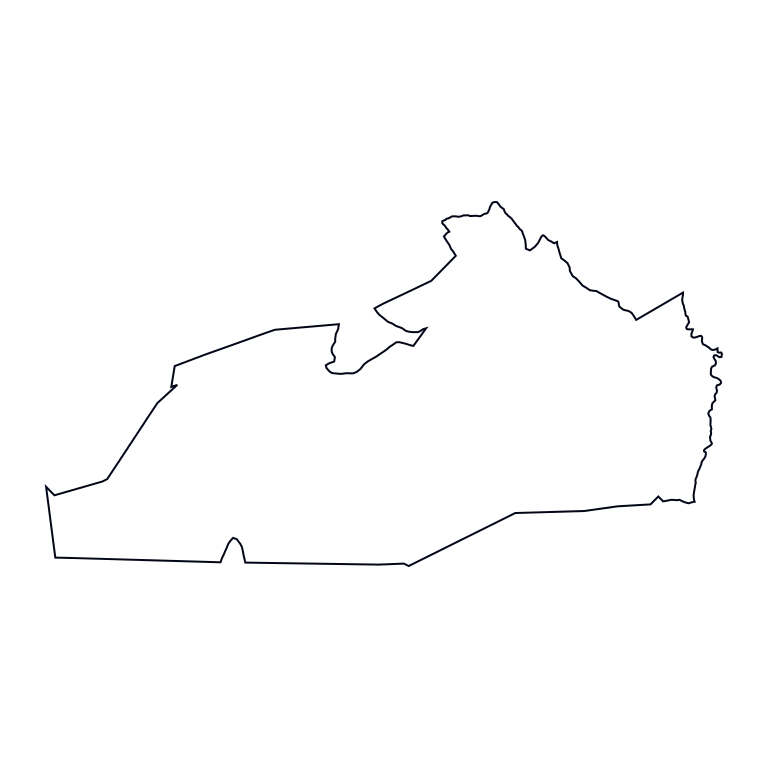 the district of Santa Lucía Monteverde, Oaxaca, Mexico
{"feature_id": "50627088B70845005155538", "entity_name": "Santa Lucía Monteverde", "entity_type": "district", "adm_level": 2, "iso_a3": "MEX", "parent_name": "Mexico", "parent_adm1": "Oaxaca", "projection": "orthographic", "projection_center": [-97.707, 16.955], "detail": "fine", "context": "isolated", "style": "outline", "palette": "ink", "viewbox_px": 768, "rotation_deg": 0, "n_neighbors": 0, "source": "geoboundaries", "source_scale": "gbopen_adm2", "svg_char_len": 5151}
<svg xmlns="http://www.w3.org/2000/svg" viewBox="0 0 768 768"><path d="M717.5,348.4L715.0,349.6L713.0,350.0L711.3,349.6L709.8,348.4L708.7,347.4L706.8,346.2L705.3,345.2L703.0,344.3L701.9,341.4L702.2,337.3L701.1,335.8L699.5,336.0L695.6,337.4L693.3,337.6L691.5,336.4L691.4,333.7L692.2,331.9L692.9,329.3L688.0,329.3L686.8,329.0L686.4,328.1L686.2,327.2L687.0,325.9L687.9,324.2L689.1,322.3L688.3,319.0L687.6,316.6L686.0,315.8L685.5,314.3L685.3,311.9L684.8,310.6L684.5,309.0L684.1,307.8L683.8,305.7L682.8,303.5L682.5,301.9L682.2,299.6L682.7,296.2L683.0,294.7L683.0,292.6L636.2,319.9L633.9,316.1L631.8,313.1L629.6,311.5L627.1,310.6L625.4,310.3L623.3,309.7L621.1,308.0L619.3,306.5L619.0,305.2L618.7,303.4L618.5,302.2L617.8,301.2L610.7,298.7L607.2,297.0L602.5,294.5L599.4,292.8L596.3,291.0L593.5,290.8L589.8,290.2L586.5,287.9L582.6,285.6L579.0,281.4L576.0,278.3L572.7,276.1L569.9,271.0L569.6,267.4L567.5,263.1L564.0,260.2L561.3,258.3L559.8,253.5L558.3,248.1L557.3,245.4L557.0,242.0L554.1,243.3L551.2,241.5L548.3,240.1L544.9,236.4L543.4,235.4L543.0,235.3L542.6,235.6L541.5,236.4L538.1,243.0L534.8,246.8L529.9,250.4L525.9,248.7L525.7,244.5L525.2,240.1L524.2,237.2L523.9,236.4L522.6,233.0L522.3,231.8L521.5,230.4L520.2,229.5L519.1,228.2L518.2,226.9L517.0,226.0L516.0,224.5L514.8,223.0L513.9,221.7L512.8,220.3L511.9,219.0L510.6,217.7L509.4,216.7L508.0,215.7L507.1,214.5L505.9,213.6L505.1,212.3L504.3,210.9L503.9,209.3L502.7,208.3L501.2,207.3L500.0,206.1L499.2,204.8L498.0,203.4L497.1,202.2L495.5,202.0L493.8,202.2L492.2,202.9L491.4,204.6L490.6,205.8L489.8,207.5L489.4,209.2L488.6,210.9L487.8,212.6L486.5,213.5L484.7,213.8L483.3,214.5L481.9,215.4L480.3,216.2L478.5,216.1L476.8,215.8L475.1,215.8L473.3,215.9L471.7,216.0L469.9,216.0L468.5,215.3L466.7,215.3L465.1,215.4L463.2,215.4L461.9,216.1L460.1,216.5L458.6,216.8L457.0,216.5L455.3,216.3L453.4,216.3L451.6,216.5L449.9,217.6L448.2,218.4L446.4,218.8L445.2,220.1L443.7,220.5L442.3,221.2L442.2,222.9L443.1,224.1L444.3,225.2L445.4,226.4L446.2,227.9L447.4,229.1L448.5,230.4L449.3,231.7L447.8,232.4L446.5,233.5L444.0,236.4L444.8,238.1L447.1,241.7L449.3,244.8L451.0,248.8L453.3,251.7L455.8,255.8L431.3,280.8L414.2,289.0L382.3,304.1L374.5,308.4L376.7,311.7L379.2,314.7L384.1,318.6L387.8,321.7L392.5,323.7L396.1,326.0L399.3,327.1L402.1,328.2L405.9,330.9L408.9,331.7L412.2,332.1L415.1,332.1L418.1,332.1L420.6,330.9L422.8,329.3L426.1,328.3L413.4,345.9L410.2,345.2L405.6,343.7L399.0,342.1L396.1,342.4L392.5,345.0L389.7,346.8L387.0,349.2L383.9,351.4L379.3,354.5L376.6,356.4L371.1,359.5L367.5,361.6L366.0,362.8L364.2,364.2L360.4,369.0L356.8,371.9L353.3,373.3L349.7,373.3L346.6,373.2L341.1,373.9L334.8,373.4L331.9,373.0L329.5,371.5L326.5,368.0L325.8,365.3L328.9,363.4L334.2,361.5L334.9,357.0L332.9,354.4L331.7,351.7L331.7,348.0L332.8,345.5L335.2,341.7L335.2,338.7L335.9,333.9L338.1,329.2L338.9,324.2L277.9,329.5L274.8,329.8L263.8,333.6L233.8,344.4L204.3,354.9L174.7,366.1L171.3,386.9L177.3,384.9L177.1,385.1L175.1,386.9L174.6,387.4L173.8,388.0L173.3,388.5L172.6,389.2L171.8,389.9L171.1,390.5L170.1,391.4L169.4,392.1L168.5,392.9L167.5,393.8L166.9,394.4L166.2,394.9L165.4,395.7L164.4,396.7L161.3,399.5L159.0,401.6L157.4,403.0L156.9,403.8L152.5,410.4L150.6,413.3L149.1,415.5L146.7,419.1L145.3,421.3L143.5,424.1L142.1,426.2L139.1,430.7L136.9,434.1L135.2,436.7L134.6,437.5L133.6,439.1L132.4,440.9L131.6,442.2L130.4,444.0L129.6,445.1L128.9,446.2L127.9,447.8L126.8,449.5L125.4,451.5L124.4,453.1L123.4,454.6L122.3,456.3L120.9,458.3L119.3,460.9L117.8,463.1L116.5,465.0L115.8,466.1L115.5,466.6L114.8,467.6L113.9,468.9L112.6,470.9L107.2,479.1L102.4,481.5L54.4,495.3L46.1,486.8L55.3,557.6L67.9,557.9L220.5,562.3L222.1,557.8L223.7,554.7L225.1,551.3L226.5,548.3L228.4,543.6L230.5,540.7L233.1,537.9L236.8,539.2L240.3,543.9L241.9,547.0L242.7,550.5L243.7,555.6L245.3,562.6L378.8,564.6L403.9,563.6L408.7,566.0L515.3,513.0L584.2,511.0L617.8,506.3L650.5,504.4L658.3,496.5L663.2,501.4L671.5,499.8L677.2,500.2L679.4,499.8L684.0,502.0L688.4,503.3L693.4,501.9L694.6,501.8L694.3,500.8L694.0,499.7L693.7,497.3L693.6,495.5L693.8,493.6L694.2,491.1L695.1,486.0L695.4,483.8L695.8,482.9L695.6,482.0L695.4,480.7L695.5,479.8L695.7,478.8L696.2,477.8L696.6,476.9L696.9,475.9L697.3,474.8L697.5,473.7L697.8,472.3L698.5,470.5L699.5,468.7L700.7,465.6L701.1,464.7L701.5,462.9L701.7,462.1L702.3,460.9L703.9,458.9L704.5,458.1L705.5,456.1L705.8,454.2L705.9,453.2L705.8,452.4L704.2,451.5L704.0,451.0L704.1,450.2L704.3,449.8L705.4,448.7L707.1,447.6L710.2,445.5L711.4,444.6L711.9,443.3L710.4,440.6L710.0,436.8L711.0,434.7L711.1,432.3L710.7,431.1L711.4,428.9L711.0,427.2L710.4,425.0L710.6,421.5L710.6,419.0L710.3,417.3L709.1,415.8L708.3,413.6L709.1,411.4L710.4,410.2L711.9,409.4L711.8,405.8L712.4,403.3L715.4,400.2L714.6,396.2L715.2,394.2L716.7,392.6L717.0,390.6L716.2,387.6L716.8,385.5L718.0,385.0L719.7,384.6L721.1,382.8L720.6,380.8L719.3,379.5L716.9,378.0L714.7,377.4L713.0,376.7L711.9,375.8L710.8,374.5L710.9,371.0L711.1,368.7L711.9,366.8L715.1,365.2L715.9,363.4L715.8,361.2L714.3,358.8L713.5,357.0L714.2,355.4L716.2,355.2L718.3,356.5L719.5,357.2L721.5,356.9L721.9,353.9L721.2,352.5L719.1,352.7L717.6,352.0L717.5,348.4Z" fill="none" stroke="#020617" stroke-width="2"/></svg>